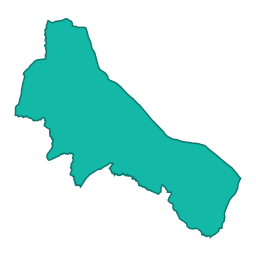 Sangkhom, Nong Khai, Thailand
{"feature_id": "78962969B79910801110812", "entity_name": "Sangkhom", "entity_type": "district", "adm_level": 2, "iso_a3": "THA", "parent_name": "Thailand", "parent_adm1": "Nong Khai", "projection": "robinson", "projection_center": [102.176, 18.069], "detail": "fine", "context": "isolated", "style": "filled", "palette": "teal", "viewbox_px": 256, "rotation_deg": 0, "n_neighbors": 0, "source": "geoboundaries", "source_scale": "gbopen_adm2", "svg_char_len": 5726}
<svg xmlns="http://www.w3.org/2000/svg" viewBox="0 0 256 256"><path d="M210.4,237.2L211.2,236.3L215.4,233.9L218.5,231.2L218.9,230.3L219.5,228.1L221.9,228.3L222.1,224.9L222.7,222.7L224.1,221.1L224.4,220.1L224.4,218.7L224.8,217.6L224.6,215.6L224.3,214.1L225.2,210.6L229.6,199.8L231.7,197.3L234.8,194.1L236.2,191.6L237.8,187.8L237.9,184.4L238.2,183.6L240.6,178.1L239.1,176.9L238.4,176.0L237.6,174.5L232.0,168.0L222.4,160.4L215.6,154.5L209.7,150.0L204.9,145.6L198.3,143.7L194.7,143.2L192.8,143.3L189.5,142.5L184.6,142.0L180.0,140.9L176.6,139.6L173.2,139.3L168.6,137.1L166.6,135.7L164.8,133.9L163.8,132.1L151.9,119.9L139.5,105.1L137.3,103.3L133.1,98.9L128.8,95.4L124.3,90.9L121.1,87.2L116.9,83.6L115.3,82.6L109.7,80.2L108.1,79.0L107.8,77.8L107.7,76.5L105.9,73.9L104.8,72.7L100.9,70.3L99.8,69.3L98.2,66.2L94.9,53.5L93.8,51.1L92.0,48.8L90.8,43.1L89.7,39.8L88.7,38.0L88.3,36.9L86.8,30.9L85.9,28.0L84.9,27.4L82.2,27.3L79.8,27.5L77.9,27.3L75.8,26.5L73.0,26.2L72.3,25.8L72.4,23.3L71.8,22.2L71.1,21.2L70.0,20.6L69.0,20.4L68.2,19.6L66.8,18.8L64.6,19.1L62.6,20.3L60.9,20.7L55.8,21.4L52.9,22.7L52.0,22.7L51.0,22.3L48.1,20.6L46.8,24.8L46.3,25.6L46.7,27.7L46.4,28.4L46.0,28.4L45.8,29.3L45.2,29.5L45.0,30.4L45.3,31.0L45.2,32.0L45.6,32.3L45.4,32.7L45.8,33.6L45.1,33.9L45.2,34.2L44.8,34.5L44.8,34.8L44.7,35.0L45.5,35.6L45.8,36.5L45.7,37.3L45.9,37.6L46.3,37.7L46.4,37.9L46.1,38.8L45.3,39.1L45.5,39.6L45.2,40.2L45.6,40.7L45.5,41.4L46.1,41.8L46.3,42.3L46.3,44.3L45.8,44.6L45.3,44.7L45.3,45.0L44.9,45.2L44.7,45.9L44.8,46.2L46.0,47.6L45.8,48.0L45.7,48.5L46.0,48.8L45.8,49.2L46.4,51.5L46.1,53.2L46.4,54.1L46.2,54.4L45.4,54.7L45.6,55.3L45.4,56.2L45.8,56.9L45.6,57.5L45.8,58.2L45.4,58.8L41.2,59.5L37.7,59.8L35.8,60.5L34.4,61.5L32.8,63.4L30.3,65.6L28.9,68.0L26.6,69.8L24.0,72.5L23.4,74.2L24.3,75.3L24.6,76.1L24.6,77.1L22.9,83.4L21.6,90.0L21.3,94.3L19.7,99.7L19.0,103.5L18.1,104.6L16.6,105.8L15.6,107.1L15.4,115.4L17.1,115.3L18.7,116.8L19.5,116.1L20.8,116.0L21.6,116.4L22.7,116.2L23.1,117.4L23.5,117.5L24.1,116.7L25.1,116.5L25.6,116.9L26.2,116.2L26.6,116.6L27.6,116.8L28.1,117.3L29.5,118.1L31.6,118.3L32.8,120.0L33.9,120.8L35.3,120.4L37.2,120.7L39.3,119.8L41.2,119.7L41.4,119.5L41.5,118.2L42.1,117.8L42.6,117.7L43.8,118.1L44.7,118.7L44.8,120.5L45.7,121.0L45.7,121.4L45.4,122.3L44.7,123.1L44.6,123.8L44.8,124.7L44.2,125.3L44.2,125.6L46.3,127.2L49.9,129.4L50.0,130.1L49.7,131.8L50.0,132.4L49.7,133.4L50.2,134.9L49.8,135.9L50.4,136.2L50.9,137.1L51.6,137.1L51.8,138.8L52.5,138.5L53.0,139.2L52.7,140.3L52.9,142.6L52.0,143.2L52.0,144.3L52.7,145.0L52.4,145.7L52.3,146.8L52.0,147.2L52.1,148.3L51.5,148.7L51.4,149.1L50.7,149.5L50.5,150.1L47.6,153.9L47.0,155.5L47.0,157.1L47.1,157.8L48.3,159.8L49.0,160.2L50.4,159.8L52.2,159.0L52.6,158.6L53.6,158.4L54.4,157.8L55.7,157.5L56.0,157.1L56.9,156.9L57.5,156.3L58.4,156.1L58.9,155.7L59.4,155.7L59.7,155.0L60.6,154.7L61.1,154.2L61.6,154.2L62.0,153.7L62.7,154.1L63.3,153.4L63.6,153.5L64.4,153.2L65.2,153.4L65.6,153.9L66.1,153.6L67.6,154.2L68.8,153.9L69.2,153.1L69.6,152.9L70.9,153.6L71.8,153.2L72.1,153.3L72.5,154.1L73.5,154.8L73.3,156.0L72.6,157.7L72.9,158.8L73.4,159.6L73.4,160.3L73.1,160.7L72.9,161.8L72.7,161.7L72.2,162.2L72.1,163.0L71.1,164.0L71.3,164.8L71.7,165.2L71.2,165.7L71.0,166.9L70.6,167.4L70.7,168.0L71.5,168.4L71.8,169.2L71.6,169.6L71.8,170.2L71.6,171.0L71.2,171.3L71.3,171.6L71.1,171.9L70.9,172.7L70.3,173.8L70.3,174.7L70.6,175.0L71.9,175.6L72.5,175.6L72.5,176.0L72.8,176.3L73.2,176.1L73.6,176.2L74.1,176.6L74.1,176.9L73.7,177.0L74.2,177.9L73.9,179.7L74.3,180.3L74.7,180.3L74.9,182.3L75.5,182.3L75.7,182.6L75.2,183.7L75.8,185.3L76.3,185.4L76.7,185.1L77.0,185.3L77.7,184.9L78.6,185.5L78.9,185.3L78.9,184.9L79.7,185.0L80.5,185.7L80.2,186.6L80.5,187.0L85.8,178.7L89.8,174.5L98.0,169.3L99.8,169.3L100.9,169.0L103.4,167.1L106.9,165.3L109.8,163.2L110.3,163.1L112.6,163.4L113.2,164.0L112.6,165.0L111.8,165.1L111.5,165.4L111.4,166.1L111.0,166.4L110.9,167.0L110.3,167.2L109.9,167.6L110.0,168.0L109.5,168.4L110.3,169.3L110.3,169.7L110.7,169.8L111.2,170.5L111.4,171.7L112.2,173.2L113.0,173.2L113.5,174.0L114.1,173.7L114.0,173.3L114.2,173.2L114.3,173.6L114.8,174.0L114.8,174.6L115.2,174.0L115.8,174.4L116.1,174.1L116.3,174.4L117.1,174.1L117.6,175.1L118.1,174.8L118.6,175.5L120.1,175.1L120.7,175.3L121.2,174.7L121.5,174.0L121.9,173.9L122.0,174.4L122.3,174.4L122.5,174.3L122.6,173.9L123.1,173.9L123.5,173.6L123.8,174.6L124.3,174.5L125.3,175.6L125.5,175.6L125.7,175.2L126.3,175.5L126.5,174.9L127.3,175.5L127.5,174.8L128.1,175.4L128.4,176.1L129.5,175.3L130.4,176.2L131.8,176.3L132.3,177.4L132.2,177.9L132.6,177.7L132.3,178.2L132.5,178.9L133.1,179.1L133.6,178.4L134.0,178.6L134.3,178.3L134.4,179.1L135.7,179.4L136.0,179.7L135.6,180.3L135.9,181.0L137.7,181.2L138.3,181.8L138.5,183.5L138.8,184.0L138.6,184.8L138.8,185.4L140.3,185.6L140.6,185.4L141.0,186.1L141.4,186.0L141.6,186.3L142.3,186.5L142.6,186.9L142.8,186.6L143.4,186.7L143.7,187.0L144.1,186.8L145.5,188.1L146.0,188.1L146.1,188.5L146.5,188.7L146.6,189.1L147.6,189.4L148.1,190.2L150.3,190.2L150.9,190.9L158.5,194.1L159.2,193.0L160.9,191.8L161.0,188.2L162.1,184.7L165.5,187.7L166.3,189.5L167.7,190.7L167.3,192.1L168.3,192.3L170.9,192.1L171.3,192.3L171.4,194.1L169.0,197.8L168.8,199.2L168.2,199.8L168.3,200.9L171.1,203.4L172.0,203.3L172.7,203.8L173.3,206.1L172.9,206.8L173.1,207.2L173.2,209.0L173.8,209.4L174.3,210.4L175.9,210.8L176.5,211.5L177.4,214.1L178.3,215.2L179.3,218.2L180.1,219.1L184.1,221.7L186.6,223.7L186.8,224.1L186.9,225.4L187.3,226.5L189.2,228.1L192.3,228.9L196.2,228.4L197.6,228.7L201.4,231.8L201.6,233.3L202.2,234.9L203.0,234.9L203.8,234.0L204.2,234.3L204.1,235.1L204.3,235.4L205.1,235.5L205.9,236.3L206.5,236.5L207.1,236.1L207.7,236.2L208.4,235.8L209.3,236.0L210.0,235.9L210.4,236.2L210.4,237.2Z" fill="#14b8a6" stroke="#0f766e" stroke-width="1.5"/></svg>